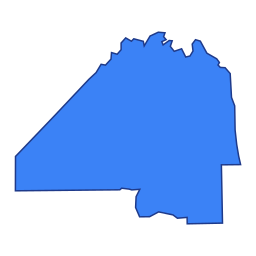 outline of Duval, Florida, United States of America
{"feature_id": "52423323B60640707975629", "entity_name": "Duval", "entity_type": "district", "adm_level": 2, "iso_a3": "USA", "parent_name": "United States of America", "parent_adm1": "Florida", "projection": "robinson", "projection_center": [-81.627, 30.345], "detail": "fine", "context": "isolated", "style": "filled", "palette": "blue", "viewbox_px": 256, "rotation_deg": 0, "n_neighbors": 0, "source": "geoboundaries", "source_scale": "gbopen_adm2", "svg_char_len": 900}
<svg xmlns="http://www.w3.org/2000/svg" viewBox="0 0 256 256"><path d="M15.4,190.8L86.6,190.1L119.8,189.8L121.7,188.2L129.1,189.1L131.8,189.9L139.8,189.3L136.1,196.7L135.6,207.5L139.6,216.8L149.6,216.7L158.6,211.9L173.0,214.9L177.4,218.2L187.1,217.4L187.2,223.8L222.5,223.1L221.4,164.8L223.5,164.8L240.6,164.6L238.7,156.3L236.7,144.5L235.1,130.0L234.7,105.9L231.5,97.4L230.2,73.6L225.1,67.7L220.3,67.4L218.0,65.0L219.4,62.5L216.7,58.8L206.9,53.2L200.3,41.1L195.5,39.7L192.2,44.1L193.0,51.0L190.0,56.0L185.7,57.0L181.6,48.8L174.2,51.3L170.3,46.4L172.2,40.8L169.2,40.5L163.1,44.9L161.8,41.7L166.1,39.6L163.6,36.7L165.0,32.8L158.3,32.2L150.1,36.0L144.2,45.9L143.3,41.3L133.8,38.8L131.4,41.2L125.7,37.9L121.1,43.0L121.1,49.7L117.2,54.2L111.5,52.6L111.0,59.1L105.5,65.1L101.1,64.3L96.1,72.6L88.8,79.4L53.8,116.5L19.4,152.4L15.5,156.4L15.4,190.8Z" fill="#3b82f6" stroke="#1e3a8a" stroke-width="1.5"/></svg>